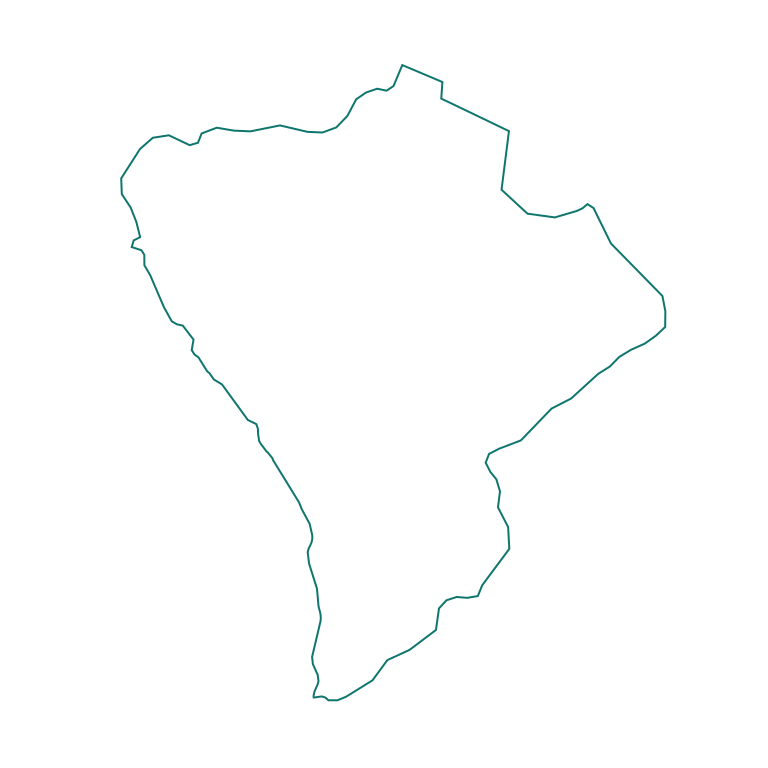 an SVG outline of Njombe, rotated 4°
{"feature_id": "TZA-5587", "entity_name": "Njombe", "entity_type": "Region", "adm_level": 1, "iso_a3": "TZA", "parent_name": "United Republic of Tanzania", "parent_adm1": "", "projection": "robinson", "projection_center": [34.628, -9.571], "detail": "fine", "context": "isolated", "style": "outline", "palette": "teal", "viewbox_px": 768, "rotation_deg": 4, "n_neighbors": 0, "source": "natural_earth", "source_scale": "10m", "svg_char_len": 1657}
<svg xmlns="http://www.w3.org/2000/svg" viewBox="0 0 768 768"><g transform="rotate(4 384 384)"><path d="M335.7,701.6L335.5,699.8L336.1,695.6L338.8,688.2L339.4,685.0L338.2,678.9L332.6,668.4L331.3,661.3L337.2,625.2L337.3,621.7L336.6,617.6L334.2,610.3L331.4,592.8L321.8,568.4L319.6,557.1L320.2,553.8L322.7,547.4L323.3,543.6L323.0,540.0L319.6,528.7L310.8,514.8L307.5,508.0L278.5,467.5L278.1,466.1L272.9,460.4L271.6,459.6L265.1,452.1L263.4,449.5L262.0,443.2L261.3,437.3L259.4,432.9L250.7,429.4L222.4,395.7L214.0,391.4L209.0,385.2L206.8,383.8L197.0,370.3L192.9,367.8L190.2,364.1L189.8,363.8L190.9,353.0L179.2,339.8L173.3,338.9L167.9,336.3L159.1,322.7L143.2,291.8L136.7,282.3L135.9,271.9L132.7,267.5L122.8,265.0L124.3,258.2L130.5,254.5L125.6,239.5L118.9,225.5L109.2,212.9L107.5,197.2L124.2,166.6L136.2,154.5L152.0,150.9L173.5,159.3L181.6,156.3L184.6,146.8L199.3,140.0L216.4,141.7L233.1,141.3L262.2,133.3L290.1,137.8L305.1,137.4L318.5,131.4L328.8,119.1L336.4,101.9L345.7,94.5L356.6,89.9L366.1,91.2L372.7,86.1L380.0,64.6L421.2,78.7L421.2,95.3L491.0,123.0L487.7,182.0L515.3,204.1L542.8,205.9L564.1,198.0L569.6,195.0L574.4,190.4L580.7,193.8L600.6,228.0L655.6,276.8L659.6,291.8L660.5,307.5L651.7,317.0L641.3,325.5L627.9,332.7L616.8,340.6L608.1,350.8L597.0,358.9L571.7,385.4L552.9,396.8L524.5,430.7L503.4,440.5L493.7,446.4L490.9,455.4L496.3,464.4L502.7,471.2L507.2,483.0L506.3,499.1L517.8,518.0L520.5,539.7L496.0,577.9L492.4,589.0L481.9,591.5L471.3,591.4L461.4,595.4L454.5,604.0L453.0,625.7L428.1,647.4L406.6,659.2L393.2,680.4L368.0,698.6L359.8,702.7L350.7,703.4L347.4,700.9L343.8,700.0L336.3,701.6L335.7,701.6Z" fill="none" stroke="#0f766e" stroke-width="2"/></g></svg>